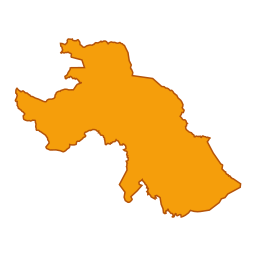 the district of Namosi, Central, Fiji
{"feature_id": "14151628B28251361437248", "entity_name": "Namosi", "entity_type": "district", "adm_level": 2, "iso_a3": "FJI", "parent_name": "Fiji", "parent_adm1": "Central", "projection": "albers", "projection_center": [178.074, -18.067], "detail": "fine", "context": "isolated", "style": "filled", "palette": "amber", "viewbox_px": 256, "rotation_deg": 0, "n_neighbors": 0, "source": "geoboundaries", "source_scale": "gbopen_adm2", "svg_char_len": 5726}
<svg xmlns="http://www.w3.org/2000/svg" viewBox="0 0 256 256"><path d="M72.3,39.1L71.6,39.3L68.4,39.0L68.0,39.2L67.2,40.3L67.4,41.8L66.8,43.0L65.1,44.6L62.0,43.5L60.5,43.4L60.8,46.0L62.1,47.4L62.2,48.8L62.7,49.9L61.8,51.6L60.8,52.7L61.2,53.1L62.5,52.2L63.2,52.8L64.3,52.9L65.8,52.4L66.9,52.6L67.6,52.2L68.4,52.2L69.1,52.8L70.7,53.4L71.4,54.1L71.1,56.5L71.4,57.2L81.9,59.9L84.5,67.6L71.1,67.7L70.2,68.0L70.2,69.4L68.1,72.6L67.4,74.4L67.0,74.7L66.8,75.3L65.1,76.2L64.9,76.8L65.4,77.8L65.4,78.5L66.0,78.8L66.3,78.4L69.0,77.1L69.5,77.4L70.0,76.7L70.5,76.4L71.2,76.7L72.9,78.6L74.4,78.2L75.2,79.1L75.7,78.6L76.4,78.5L78.9,80.8L78.9,81.2L79.4,81.9L79.4,82.8L79.8,83.0L80.2,82.4L81.2,82.6L81.1,83.0L77.3,84.3L76.2,85.6L73.4,89.8L68.8,89.9L66.9,89.3L64.8,89.2L60.8,90.5L60.2,91.3L59.6,91.1L58.7,91.3L57.2,92.0L56.2,92.9L56.1,93.8L55.4,94.4L54.9,96.3L55.0,97.1L54.3,98.1L52.9,98.8L51.3,99.2L50.0,99.1L48.5,99.3L47.1,100.2L46.2,101.6L45.2,101.8L43.5,101.4L38.2,99.0L35.4,98.1L32.6,96.6L30.8,96.3L29.7,94.9L29.1,94.8L27.2,93.1L25.2,92.8L24.4,91.9L23.0,90.9L22.0,91.2L21.7,91.6L20.7,91.7L20.3,91.5L20.0,90.9L18.6,90.2L17.0,88.3L16.2,89.3L15.9,90.6L15.8,93.1L16.8,93.8L16.8,94.6L17.2,95.2L17.2,95.7L16.2,98.9L15.7,99.3L15.4,100.7L15.9,101.4L17.2,101.5L17.1,103.0L17.4,104.2L17.1,105.2L18.1,107.0L18.4,108.4L18.6,108.6L19.4,108.6L20.3,109.8L21.2,110.1L22.0,111.4L23.1,111.9L24.2,113.2L24.6,113.4L24.7,113.8L24.5,114.5L23.2,115.9L23.5,118.5L23.9,119.4L25.5,120.2L27.2,120.7L29.7,120.6L30.5,121.0L31.7,120.7L32.4,120.2L35.0,120.3L35.4,120.9L35.3,121.9L36.0,124.1L35.7,126.9L36.2,128.1L36.2,129.5L36.5,130.2L38.1,130.2L39.0,130.5L39.8,131.4L40.5,131.6L45.6,135.2L46.7,137.0L47.4,137.6L47.8,139.9L48.8,141.3L49.1,143.0L45.9,147.0L46.6,148.5L50.1,150.0L56.0,149.9L60.3,150.7L63.1,151.8L64.2,151.5L65.7,150.6L66.8,149.4L69.3,147.6L69.8,145.9L69.7,144.5L71.6,144.9L74.2,144.9L76.1,144.4L76.7,141.8L77.5,141.2L79.2,141.3L82.8,138.5L83.2,137.6L85.0,136.9L85.6,136.2L85.6,135.4L84.5,134.4L84.5,133.9L84.6,133.1L85.4,132.1L86.4,132.0L89.1,130.4L90.6,130.5L90.8,130.2L91.4,130.2L92.7,129.5L94.8,129.6L96.2,130.1L97.0,131.0L98.0,131.4L98.6,131.2L98.4,132.8L99.5,132.9L99.8,133.2L100.2,134.5L100.8,135.1L102.2,135.3L103.4,135.9L103.6,137.2L104.5,138.1L104.5,139.5L104.8,140.2L105.3,144.2L105.7,144.6L106.4,144.6L107.3,143.5L108.3,143.5L110.2,144.1L110.9,142.9L111.6,143.2L112.5,142.0L115.1,141.5L116.1,139.7L116.8,140.6L117.8,140.6L119.3,142.7L120.1,144.9L122.6,144.9L123.0,143.9L124.2,144.4L125.6,145.8L126.0,148.1L125.9,148.7L123.6,149.8L124.7,150.7L126.4,151.2L127.1,151.9L127.2,153.3L126.7,154.1L126.7,155.0L127.7,155.6L127.1,157.0L127.5,157.5L128.2,157.7L128.2,159.8L128.0,160.3L127.6,160.7L126.3,161.2L126.6,161.5L126.6,162.1L127.3,163.1L127.0,163.3L126.9,164.0L126.9,165.6L126.4,166.7L126.8,167.2L127.0,170.1L119.4,184.6L125.0,192.2L124.1,197.2L125.3,200.6L127.8,202.2L128.8,202.3L129.8,202.0L130.9,201.0L132.1,199.6L132.1,199.1L130.9,196.8L131.7,195.9L137.1,190.9L141.9,185.4L139.7,184.6L139.2,184.2L138.9,182.5L139.4,181.6L141.0,180.7L142.3,179.5L142.6,180.6L144.8,183.0L144.9,183.8L145.7,184.6L146.3,184.9L146.4,185.6L147.1,186.4L147.1,187.6L146.7,187.5L146.6,187.8L147.6,188.0L147.5,188.4L147.7,188.8L148.0,188.2L148.3,188.4L147.9,189.3L148.1,189.8L147.5,190.7L147.7,191.3L146.9,191.6L147.4,192.3L147.8,192.3L148.6,193.0L148.5,193.3L147.8,193.6L147.8,194.6L149.3,194.1L150.5,195.5L151.2,196.9L155.0,199.0L155.1,197.4L156.1,197.8L155.3,195.8L156.8,195.4L158.1,196.4L159.2,196.9L160.1,197.6L161.2,204.3L163.0,208.7L163.5,212.7L164.8,213.6L166.0,213.3L166.0,213.0L165.5,212.4L165.9,211.9L165.8,211.2L166.2,210.7L166.9,210.8L167.1,210.2L167.5,209.9L168.0,209.2L168.3,209.4L168.2,210.0L168.6,210.8L169.6,211.7L170.5,212.9L171.1,213.4L172.2,213.5L172.7,214.0L173.1,215.1L173.1,215.8L172.3,216.8L172.6,217.0L173.3,217.0L174.0,216.7L175.4,213.6L176.0,213.8L176.1,214.7L177.0,215.7L177.4,215.7L179.6,214.6L180.4,214.6L180.8,214.7L181.2,217.0L183.1,216.4L185.4,215.2L188.5,212.9L190.4,210.4L194.1,211.4L197.5,211.7L200.4,211.5L209.4,210.1L219.2,202.6L221.4,198.8L225.0,197.6L227.8,194.0L240.2,187.3L240.6,183.8L233.3,178.8L232.2,178.6L231.6,177.8L230.6,177.5L230.5,176.5L229.8,176.0L229.5,175.8L228.6,176.0L228.1,174.7L226.8,174.2L226.3,173.8L225.7,172.7L225.6,171.9L224.8,171.7L222.0,168.9L222.6,165.1L222.1,164.6L220.8,164.0L213.2,153.0L207.3,141.8L209.0,139.4L209.2,138.5L210.5,137.9L209.7,137.9L207.4,137.2L207.0,137.6L206.6,137.5L205.6,136.8L203.8,136.5L202.9,135.9L201.9,136.6L201.4,137.4L200.9,137.3L200.8,137.0L201.1,136.5L200.2,136.2L199.2,136.5L198.8,136.3L198.2,136.6L196.3,136.1L195.5,136.4L195.2,136.8L194.3,136.8L194.0,135.3L193.5,134.7L192.4,134.2L192.4,133.8L191.3,132.7L189.3,132.1L186.5,129.8L185.8,128.6L185.6,126.4L186.5,125.9L186.6,124.0L186.8,123.6L187.3,123.5L186.3,122.2L186.1,121.1L185.2,120.0L184.6,119.8L183.5,119.9L182.4,119.3L181.9,118.3L180.1,116.3L181.4,114.2L182.0,112.4L183.3,112.5L184.1,110.5L183.9,109.8L182.7,108.7L182.2,107.6L182.7,106.6L183.0,104.7L181.6,101.6L180.6,100.2L178.0,97.9L176.7,95.2L175.3,94.5L174.9,93.8L174.0,93.3L172.9,91.5L171.8,90.4L171.3,90.3L170.3,90.6L168.4,88.8L167.2,88.2L165.6,88.0L164.1,86.7L161.7,86.5L152.7,78.5L132.3,75.6L132.8,72.5L131.4,69.1L130.9,69.0L130.6,68.4L130.6,67.0L131.3,65.0L129.2,60.7L128.0,52.7L124.4,45.4L123.5,45.0L122.3,43.8L121.1,43.5L119.9,42.5L118.3,43.1L117.0,43.2L114.9,42.4L113.9,42.3L113.3,42.5L111.1,41.9L109.0,42.8L108.1,43.8L106.4,41.6L105.4,41.1L104.0,41.0L101.8,41.9L101.0,41.2L99.7,42.1L97.9,42.9L95.8,42.7L95.0,43.1L94.0,44.3L93.5,44.3L92.2,45.2L90.0,45.0L89.0,45.2L86.8,45.8L84.4,47.3L83.1,47.1L81.1,45.2L80.1,44.7L79.8,42.2L78.2,39.8L77.4,39.8L76.4,40.7L74.2,40.7L72.7,40.2L72.3,39.5L72.3,39.1Z" fill="#f59e0b" stroke="#b45309" stroke-width="1.5"/></svg>